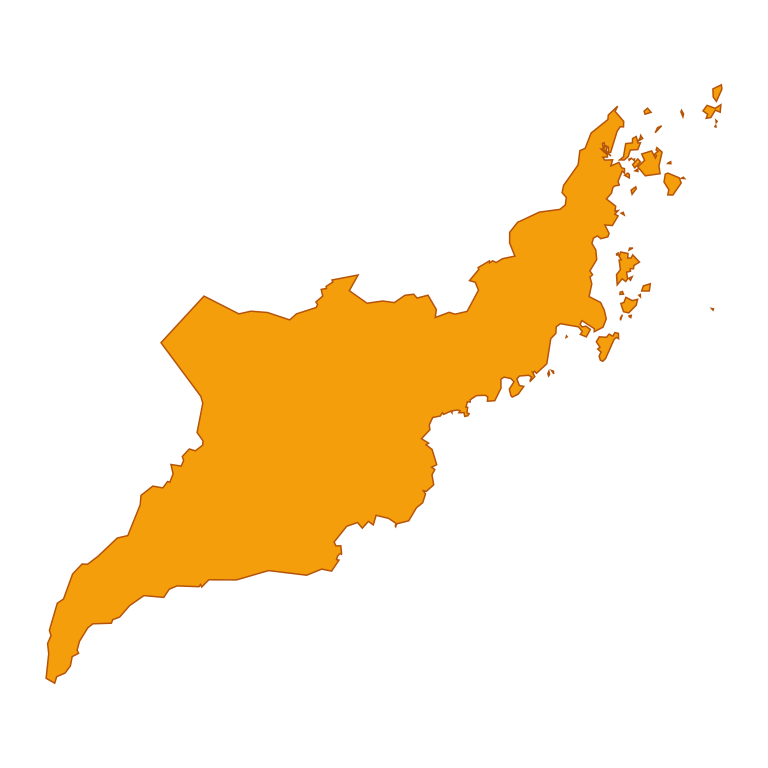 Iloilo, Iloilo, Philippines
{"feature_id": "2640588B17162343229623", "entity_name": "Iloilo", "entity_type": "district", "adm_level": 2, "iso_a3": "PHL", "parent_name": "Philippines", "parent_adm1": "Iloilo", "projection": "orthographic", "projection_center": [122.982, 11.053], "detail": "fine", "context": "isolated", "style": "filled", "palette": "amber", "viewbox_px": 768, "rotation_deg": 0, "n_neighbors": 0, "source": "geoboundaries", "source_scale": "gbopen_adm2", "svg_char_len": 6141}
<svg xmlns="http://www.w3.org/2000/svg" viewBox="0 0 768 768"><path d="M54.7,683.2L56.7,676.7L65.1,673.0L70.4,665.9L72.2,656.6L78.6,653.3L77.1,650.2L79.5,641.3L87.8,627.8L92.9,623.8L111.4,623.2L112.7,619.7L119.7,617.0L129.6,605.6L143.9,595.6L163.8,597.4L169.2,589.2L177.1,585.9L199.0,586.7L200.5,584.5L201.7,587.0L208.8,579.8L236.4,579.9L268.5,570.6L306.7,575.2L321.7,569.1L331.6,571.1L339.0,560.1L336.5,559.6L337.6,556.0L339.4,554.1L340.7,553.5L341.5,554.2L341.6,553.9L340.8,545.8L336.0,545.9L334.1,542.0L346.7,526.3L357.6,522.5L362.3,528.2L368.4,521.4L373.3,524.9L376.1,515.3L388.7,518.4L396.1,523.5L395.3,526.0L395.7,526.7L396.8,523.8L408.7,520.8L416.5,507.7L422.7,502.7L425.5,494.0L423.4,490.7L426.3,491.4L433.7,484.8L432.0,474.8L434.8,469.6L431.6,467.2L436.7,464.7L432.1,449.5L426.0,444.7L428.6,443.2L421.5,438.7L429.9,429.7L429.3,424.8L432.7,417.5L440.3,416.0L442.4,412.8L443.6,414.4L450.7,411.2L452.0,412.8L452.0,410.9L457.4,410.0L460.1,410.8L458.8,412.7L464.1,412.7L464.7,416.4L467.7,415.8L469.2,413.8L466.9,412.7L467.7,407.3L465.9,407.2L467.5,401.6L470.1,402.1L470.4,399.6L476.5,395.6L485.3,395.3L487.7,396.9L487.4,401.2L494.8,400.7L501.0,388.2L500.9,379.3L504.1,377.1L510.8,378.5L514.0,381.8L509.3,389.1L510.9,395.6L512.2,397.1L518.2,394.2L523.8,386.4L519.4,385.5L516.8,378.9L519.5,376.0L528.6,375.3L531.6,377.0L530.1,380.3L530.3,381.2L534.8,376.6L532.8,372.6L533.1,372.8L534.0,371.7L534.7,371.3L536.5,373.3L546.8,363.8L550.8,338.6L555.9,333.3L556.2,326.8L560.4,323.7L578.6,326.9L582.3,331.5L580.3,334.4L586.3,336.9L590.4,329.4L586.0,326.2L582.1,326.9L580.1,324.3L581.9,320.6L594.4,328.7L594.2,331.7L603.0,327.2L606.3,318.8L604.3,310.2L600.5,302.4L589.1,296.6L591.8,283.8L590.0,277.1L592.6,274.7L589.9,270.9L596.7,259.6L595.8,250.0L591.9,243.3L593.5,238.1L597.5,235.9L600.8,238.7L607.8,236.9L609.1,233.5L604.9,225.0L612.4,225.5L618.1,215.9L614.8,214.2L618.1,210.6L615.0,211.2L615.7,206.2L606.4,198.9L611.4,193.3L613.0,187.2L615.5,185.7L618.9,185.3L619.3,184.9L618.0,181.5L622.2,171.1L624.5,173.2L624.5,168.6L621.7,167.9L619.0,162.4L610.9,165.9L612.6,159.8L604.8,160.1L602.8,157.2L607.5,157.0L607.2,154.8L600.9,149.0L603.3,148.9L602.4,143.4L604.3,142.8L604.4,145.1L608.4,147.1L608.4,152.2L610.6,152.5L617.1,131.3L620.2,126.7L623.5,126.9L623.7,121.4L615.1,111.4L617.7,106.1L608.3,115.0L607.9,119.5L591.1,133.1L585.1,148.4L579.9,150.6L578.1,164.9L563.6,185.4L562.1,192.7L566.3,197.4L565.3,205.0L559.8,209.4L539.4,212.1L517.6,222.3L509.7,232.3L509.6,243.0L514.9,256.1L502.5,258.7L496.2,262.5L492.7,260.8L489.5,262.9L489.4,260.9L478.1,267.6L478.8,269.4L469.5,280.6L475.3,282.3L478.5,290.2L467.1,311.4L454.9,314.2L449.2,312.3L435.3,317.5L436.3,309.5L428.0,295.2L417.0,298.1L413.7,294.2L404.9,295.3L394.4,302.6L382.8,301.0L367.0,303.2L349.3,290.7L358.1,275.0L332.0,280.0L332.8,282.1L326.1,286.4L326.5,288.5L321.2,289.4L322.7,296.1L315.9,302.0L317.6,304.4L316.2,307.5L296.4,313.9L289.7,319.9L267.5,312.5L250.9,311.2L238.9,313.9L204.0,296.1L161.0,342.7L200.8,396.3L202.8,403.2L197.1,432.5L203.0,440.9L202.7,445.1L195.4,450.8L189.3,449.0L182.3,456.5L183.6,460.6L181.2,466.1L171.0,464.5L173.1,473.9L169.8,482.2L167.6,481.5L162.8,487.9L152.8,486.1L141.0,495.4L140.2,504.8L127.8,535.6L117.3,538.0L97.9,556.4L87.5,564.3L82.1,564.0L72.6,574.0L63.5,599.0L57.3,603.2L49.4,630.3L51.0,635.6L47.6,643.5L48.7,653.8L46.1,678.3L54.7,683.2ZM656.9,147.6L656.1,150.0L658.1,151.2L654.4,154.3L656.6,155.5L655.4,158.0L651.6,150.9L641.7,154.0L644.6,160.4L637.8,166.9L645.3,175.8L660.1,173.7L658.9,166.0L662.1,152.1L656.9,147.6ZM628.0,253.5L620.6,252.0L619.1,256.3L621.3,259.8L619.1,260.1L620.4,269.6L616.5,274.7L617.2,284.9L622.1,278.8L625.7,281.5L627.6,278.9L626.6,272.2L630.5,271.2L630.2,268.6L633.5,268.8L633.9,265.5L639.5,262.1L632.7,254.9L631.1,258.0L627.7,258.1L628.0,253.5ZM614.9,332.5L612.8,336.2L609.2,334.1L606.4,337.3L599.3,336.8L596.3,341.8L600.0,347.2L597.7,349.0L601.0,352.0L599.1,356.2L600.4,360.2L602.8,361.3L605.6,358.5L614.0,339.5L616.3,337.4L618.6,338.7L618.4,333.4L614.9,332.5ZM667.9,173.1L665.3,174.1L664.0,182.0L668.8,189.7L667.8,194.9L672.9,195.0L681.2,183.0L679.2,177.8L667.9,173.1ZM636.2,136.5L632.6,138.5L632.4,142.9L625.7,143.6L623.5,156.8L619.6,159.9L624.2,160.0L628.2,156.6L630.3,150.0L637.8,149.6L640.4,142.8L638.1,143.1L636.2,136.5ZM625.9,297.3L623.9,302.5L620.8,303.5L623.5,311.7L628.7,312.9L636.2,305.2L637.6,299.3L632.3,300.6L625.9,297.3ZM720.9,104.7L715.2,108.3L707.0,105.4L703.0,110.9L707.7,114.3L706.2,118.3L710.9,117.5L715.2,110.2L720.2,112.2L720.9,104.7ZM721.4,84.8L712.9,88.9L713.2,97.0L716.4,101.4L721.9,89.1L721.4,84.8ZM650.3,283.7L643.4,285.9L641.6,291.0L649.3,291.0L650.3,283.7ZM637.8,158.9L632.6,164.6L634.7,167.8L640.5,161.9L637.8,158.9ZM647.5,108.2L644.1,111.2L645.0,114.2L651.1,112.3L647.5,108.2ZM604.4,146.1L603.7,149.9L611.0,156.1L606.1,150.9L606.9,146.8L604.4,146.1ZM635.7,186.8L631.1,190.1L632.1,194.3L636.3,188.7L635.7,186.8ZM661.6,125.8L657.5,127.7L655.2,132.7L661.6,125.8ZM640.7,135.4L640.2,137.8L638.4,140.9L642.7,138.5L640.7,135.4ZM622.5,291.5L620.2,292.1L619.9,294.4L623.5,294.2L622.5,291.5ZM682.9,116.8L683.6,114.0L681.5,110.3L680.9,112.0L682.9,116.8ZM627.9,173.1L624.6,175.3L629.3,177.9L629.4,174.5L627.9,173.1ZM632.2,276.7L628.7,278.3L630.5,280.3L632.2,276.7ZM637.8,169.0L635.0,170.8L637.9,171.5L637.8,169.0ZM633.0,248.0L629.6,248.1L629.0,250.1L633.0,248.0ZM548.9,371.2L547.8,373.7L548.6,376.0L549.6,374.5L548.9,371.2ZM553.4,371.1L551.5,370.5L553.8,373.9L553.4,371.1ZM620.5,320.3L622.4,314.7L620.4,318.1L620.5,320.3ZM670.7,161.7L667.9,163.1L667.6,163.5L670.9,163.7L670.7,161.7ZM631.3,315.3L629.1,315.7L629.1,316.7L630.8,317.6L631.3,315.3ZM632.3,158.0L628.9,159.1L629.1,160.2L632.3,158.0ZM684.6,178.6L683.3,177.2L681.4,178.3L684.6,178.6ZM713.5,308.8L711.5,308.5L713.0,310.2L713.5,308.8ZM624.2,215.0L623.2,212.3L621.1,213.2L624.2,215.0ZM717.2,121.4L715.9,120.2L716.2,122.6L717.2,121.4ZM618.2,253.1L616.5,253.9L616.8,255.1L618.1,255.0L618.2,253.1ZM640.4,296.9L640.3,294.5L638.8,295.3L640.4,296.9ZM634.1,160.6L634.5,159.0L633.0,159.5L634.1,160.6ZM714.9,126.7L715.9,127.1L715.9,124.8L714.9,126.7ZM566.1,337.4L567.2,336.8L566.5,335.9L566.1,337.4Z" fill="#f59e0b" stroke="#b45309" stroke-width="1.5"/></svg>